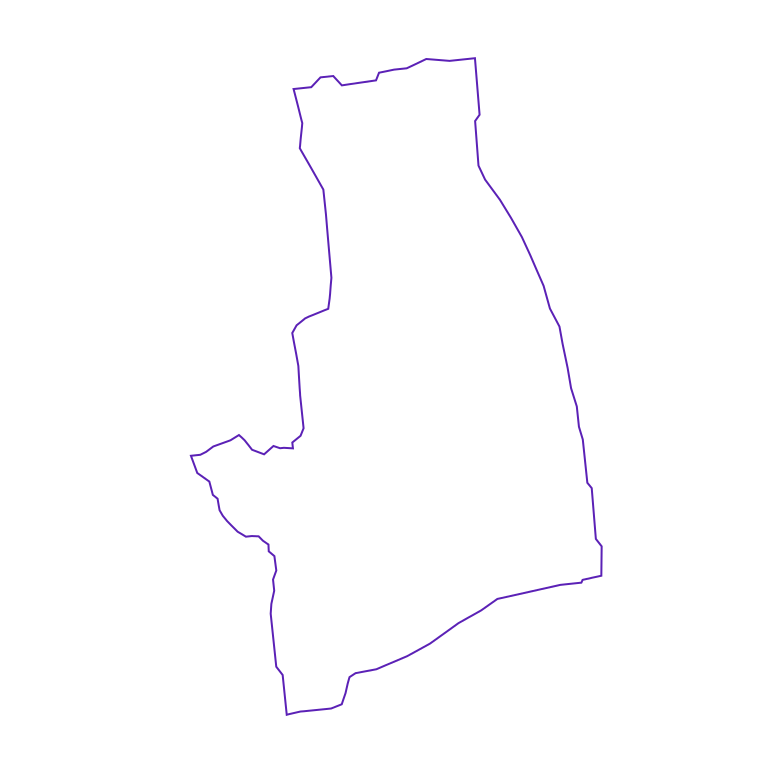 Abu Kershola, South Kordufan, Sudan (Robinson projection), rotated 174°
{"feature_id": "16777658B31438962952191", "entity_name": "Abu Kershola", "entity_type": "district", "adm_level": 2, "iso_a3": "SDN", "parent_name": "Sudan", "parent_adm1": "South Kordufan", "projection": "robinson", "projection_center": [30.867, 11.992], "detail": "fine", "context": "isolated", "style": "outline", "palette": "violet", "viewbox_px": 768, "rotation_deg": 174, "n_neighbors": 0, "source": "geoboundaries", "source_scale": "gbopen_adm2", "svg_char_len": 2283}
<svg xmlns="http://www.w3.org/2000/svg" viewBox="0 0 768 768"><g transform="rotate(174 384 384)"><path d="M515.3,65.2L513.6,65.5L501.3,67.0L497.7,66.9L496.3,66.9L474.9,66.8L470.5,66.8L461.2,69.4L459.5,69.9L457.4,74.5L454.6,80.5L451.4,89.9L449.9,93.7L449.8,94.0L448.9,96.1L442.5,99.4L421.4,101.1L411.1,104.3L389.4,110.9L389.2,111.0L365.4,121.0L353.1,128.0L334.9,138.4L324.5,142.9L320.7,144.5L311.0,148.7L293.7,158.4L289.1,158.9L229.6,165.8L208.5,165.8L208.3,166.1L208.1,166.4L207.0,168.4L206.5,168.5L205.8,168.6L204.6,168.7L203.1,168.9L202.1,169.0L201.7,169.0L198.4,169.4L198.0,169.5L193.2,170.0L187.9,170.6L184.5,199.8L189.5,207.8L188.3,258.7L192.1,264.5L192.1,295.1L192.1,308.0L194.6,321.1L194.6,335.0L194.6,340.8L194.6,341.5L198.4,360.3L199.7,380.7L202.2,405.4L203.5,422.8L211.1,441.7L215.0,464.9L220.1,480.9L225.1,496.9L231.5,515.7L240.4,536.1L249.4,555.0L262.1,576.7L267.2,591.3L265.9,636.0L260.8,641.8L259.5,698.5L285.0,698.5L308.0,702.8L319.5,698.7L328.4,695.6L341.1,695.6L349.0,694.8L356.4,694.1L360.2,686.8L385.8,685.8L394.7,685.4L402.3,695.6L415.1,695.6L425.3,686.8L443.1,686.8L442.5,682.9L440.4,668.7L438.6,655.8L438.0,652.0L438.8,647.9L441.2,636.7L442.0,632.6L442.5,630.0L443.1,627.3L441.8,624.3L435.1,609.2L429.0,595.2L425.7,587.6L424.0,583.7L424.0,564.9L424.0,558.7L424.3,544.7L424.6,528.7L425.1,500.7L425.2,495.1L426.7,487.5L428.2,479.2L429.1,474.8L431.6,464.6L436.0,463.4L440.1,462.2L441.8,461.7L447.7,460.0L452.0,458.8L452.2,458.7L455.8,457.4L456.3,457.0L464.8,451.5L469.9,444.3L469.2,435.1L468.2,423.2L467.3,410.9L467.8,400.2L468.3,388.9L468.5,382.7L468.6,381.8L468.6,360.0L468.6,348.4L472.4,341.2L481.3,335.4L481.3,329.5L484.2,330.0L490.2,331.0L494.1,331.0L500.4,333.9L510.6,326.6L522.1,332.4L525.5,337.9L526.1,338.8L528.5,342.6L531.2,345.8L533.6,348.4L542.5,344.1L543.2,343.9L560.3,339.7L568.0,335.1L574.1,332.8L576.5,332.8L579.6,332.8L582.2,332.8L583.5,332.8L579.0,315.0L571.5,308.4L567.9,305.2L565.8,291.6L561.5,287.3L561.1,280.9L560.7,275.6L558.1,269.8L554.3,264.0L550.5,259.2L545.0,252.4L541.1,249.5L537.3,246.6L531.4,246.6L524.6,245.6L520.8,240.8L515.7,236.4L516.1,229.6L511.0,224.3L510.6,209.8L514.8,201.1L514.8,189.9L519.0,177.1L520.7,167.4L520.7,114.1L515.2,105.2L515.3,66.4L515.3,65.2L515.3,65.2Z" fill="none" stroke="#5b21b6" stroke-width="2"/></g></svg>